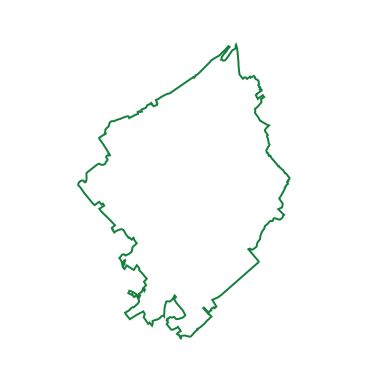 outline of Kota Yogyakarta, Yogyakarta, Indonesia, rotated 48°
{"feature_id": "22746128B9761158776103", "entity_name": "Kota Yogyakarta", "entity_type": "district", "adm_level": 2, "iso_a3": "IDN", "parent_name": "Indonesia", "parent_adm1": "Yogyakarta", "projection": "mercator", "projection_center": [110.376, -7.803], "detail": "fine", "context": "isolated", "style": "outline", "palette": "green", "viewbox_px": 384, "rotation_deg": 48, "n_neighbors": 0, "source": "geoboundaries", "source_scale": "gbopen_adm2", "svg_char_len": 6020}
<svg xmlns="http://www.w3.org/2000/svg" viewBox="0 0 384 384"><g transform="rotate(48 192 192)"><path d="M270.6,138.9L262.5,139.4L263.7,135.4L261.4,132.4L255.2,131.6L254.4,128.5L251.7,120.8L250.8,120.2L250.8,119.0L250.5,119.0L250.3,118.5L250.1,117.5L250.2,115.8L249.9,115.6L249.9,115.2L248.7,114.9L248.7,114.5L248.2,114.4L248.3,113.2L247.7,113.1L247.6,112.4L247.7,111.7L247.4,110.6L245.2,109.9L244.1,110.0L242.5,109.7L242.1,109.9L240.8,109.8L240.2,110.0L240.1,110.3L236.8,109.7L235.4,110.0L233.7,110.0L232.4,110.4L230.9,110.0L230.6,110.7L228.7,110.4L219.7,110.2L217.6,109.5L217.1,109.8L216.7,110.8L215.9,110.5L215.9,110.0L215.7,109.9L215.3,109.8L215.0,109.9L214.3,109.6L213.4,109.6L213.4,110.0L212.8,110.1L210.8,109.0L209.3,105.0L209.3,104.0L208.6,102.6L207.1,102.4L203.5,100.0L201.4,99.3L200.5,98.8L200.4,97.6L195.2,96.9L194.6,95.8L194.2,94.3L194.1,90.2L192.5,91.1L185.9,93.2L185.3,93.2L184.3,93.7L181.5,92.9L175.2,92.2L174.5,91.0L173.2,90.2L172.4,89.4L172.6,86.8L171.8,80.4L170.4,79.4L170.2,79.0L169.2,78.6L169.7,74.8L167.5,74.6L166.7,80.1L166.8,80.8L162.7,79.7L162.8,78.3L162.4,78.1L163.3,72.6L162.9,72.2L162.6,72.6L162.4,73.1L161.1,73.0L161.4,71.9L159.4,71.2L159.1,71.4L159.2,71.8L158.8,71.9L156.9,71.1L157.0,70.2L155.2,69.2L154.9,68.7L154.3,68.4L152.7,68.2L151.0,69.0L150.0,69.1L149.2,68.9L149.0,68.4L147.1,68.5L146.3,71.9L145.1,71.7L144.8,75.4L143.2,75.4L142.1,76.0L141.9,78.4L136.4,78.1L129.3,72.9L127.2,71.1L121.6,66.8L115.5,62.4L112.0,60.7L112.3,61.5L114.3,63.4L114.3,65.0L113.7,67.0L113.8,68.0L116.2,77.6L116.2,79.0L116.1,79.7L115.6,80.5L115.0,81.1L113.9,81.1L113.2,81.7L113.1,81.2L111.6,79.6L110.9,76.5L110.4,71.7L109.9,71.5L109.4,67.0L108.0,67.3L108.5,72.2L108.6,77.1L108.9,79.6L108.5,82.1L107.8,85.0L107.0,89.8L107.3,91.0L107.5,93.1L108.3,107.1L108.2,109.7L107.7,111.4L108.1,111.5L108.6,113.8L108.5,114.1L107.5,114.0L103.8,142.5L103.5,143.3L103.0,143.8L102.4,145.0L100.8,151.1L100.3,155.2L99.5,157.2L102.6,158.4L102.5,158.7L103.6,159.1L103.9,159.5L102.6,163.1L100.1,163.3L100.0,162.7L98.4,162.8L98.5,164.9L98.1,165.8L97.6,166.4L97.5,167.2L98.4,169.2L98.4,170.6L96.9,174.5L98.7,175.5L97.6,177.2L96.8,177.0L96.2,178.9L97.9,179.9L96.6,182.9L96.1,185.5L95.2,188.0L95.1,189.2L93.3,188.6L92.2,189.8L91.5,191.2L91.1,192.5L90.3,194.3L89.8,196.1L88.2,199.4L87.1,202.6L86.6,203.3L86.1,203.7L85.4,204.9L85.4,206.4L85.8,207.6L87.0,209.2L87.6,210.7L87.4,212.5L87.6,214.5L89.5,216.5L89.7,217.4L90.1,217.5L90.4,217.3L90.4,217.5L90.9,217.6L90.1,221.0L89.6,224.7L90.2,225.2L97.3,226.0L106.1,227.6L108.0,228.0L107.8,228.5L108.2,228.6L108.8,228.1L109.8,228.5L109.4,228.9L109.1,229.6L108.6,230.0L108.1,230.8L108.1,231.6L108.4,232.2L108.8,232.6L111.2,232.9L111.6,233.1L111.9,234.3L112.0,236.0L112.9,237.2L113.0,238.1L112.2,240.0L110.7,241.5L109.2,241.8L108.8,242.2L108.2,243.7L107.3,256.5L107.4,257.6L107.8,258.2L112.1,262.0L113.1,263.4L113.4,264.2L113.2,265.1L112.8,265.4L111.9,264.9L110.6,265.2L109.9,266.1L109.3,267.3L109.2,268.7L109.3,269.9L110.0,271.2L110.9,272.0L111.8,271.9L114.0,271.9L120.2,272.7L133.9,273.4L136.6,273.2L137.2,267.5L140.7,267.7L141.0,266.0L143.4,266.4L142.5,272.1L146.5,272.5L146.7,272.3L148.4,272.3L157.4,271.7L165.2,271.5L165.0,275.6L166.5,275.8L166.4,276.2L170.1,276.9L170.2,276.6L170.0,275.3L171.4,271.0L172.6,269.2L173.1,268.8L174.1,268.6L174.4,268.3L179.5,269.5L182.7,269.8L183.6,269.7L183.6,269.4L184.1,269.5L184.6,269.2L184.7,268.9L187.0,268.7L186.8,266.2L187.5,266.2L189.0,267.0L193.2,267.4L193.2,272.9L193.5,273.6L195.6,276.0L195.9,276.6L196.0,277.6L195.8,280.7L195.2,281.9L194.9,283.7L194.5,284.0L193.1,284.0L191.7,286.0L192.2,287.3L192.5,290.2L195.3,290.4L197.0,291.1L199.0,292.2L198.7,290.9L197.9,289.4L197.6,288.5L197.8,287.3L198.1,287.4L198.6,288.1L199.4,290.5L200.3,290.3L201.3,293.7L204.1,293.7L202.9,289.7L211.0,287.4L209.5,282.0L213.4,282.2L213.8,282.4L214.7,283.5L220.4,283.4L223.8,283.7L226.0,283.5L226.3,284.1L226.5,287.7L230.6,288.5L230.8,292.4L232.9,292.2L233.7,293.6L231.3,293.5L232.6,296.1L232.2,299.4L234.2,299.8L234.2,300.8L234.5,300.8L234.9,301.4L231.5,301.6L228.0,302.5L225.3,303.5L223.5,304.6L224.6,307.0L227.9,305.6L227.8,304.7L228.1,304.7L228.8,305.2L231.2,305.4L231.4,303.6L231.8,303.7L232.2,302.3L237.2,304.0L238.2,304.8L238.7,307.7L238.7,311.1L238.6,312.6L237.9,313.0L237.6,315.4L237.9,317.7L237.0,322.6L238.4,322.9L244.9,323.3L246.4,314.8L248.2,308.1L251.1,308.7L252.7,311.7L260.7,312.8L260.6,311.0L264.6,311.2L263.9,309.7L261.4,307.5L263.8,302.5L264.2,299.6L263.9,298.3L264.1,297.1L264.8,296.0L265.8,296.0L260.8,291.0L258.7,288.5L256.3,284.6L256.4,283.9L258.4,281.9L258.7,280.6L258.7,279.2L258.3,276.8L257.3,274.2L258.6,274.1L259.4,274.3L259.4,275.5L260.0,277.1L264.2,277.8L274.0,278.1L278.9,279.3L279.3,281.1L279.1,283.2L278.6,283.9L277.3,287.1L275.9,288.8L272.7,288.9L272.2,290.5L271.6,291.2L270.3,292.0L270.2,293.2L269.8,295.2L270.4,295.4L270.2,295.9L270.9,296.1L270.7,296.7L272.9,297.1L273.2,299.2L278.0,299.5L280.4,299.5L281.2,298.8L281.7,297.8L282.7,294.1L282.8,292.7L285.0,293.1L286.2,293.1L287.8,293.5L287.3,295.6L287.3,298.1L288.4,298.0L288.8,297.6L289.7,297.3L293.2,298.4L293.4,298.2L293.0,297.6L291.7,296.8L292.3,295.3L293.9,293.3L298.0,290.6L298.6,289.1L297.9,283.9L297.8,281.3L298.1,280.1L297.3,279.9L297.4,279.1L297.6,279.0L298.0,276.6L298.2,271.3L297.6,266.3L297.8,264.8L297.6,263.6L297.6,260.9L294.2,261.0L294.1,261.4L285.8,261.3L285.9,260.5L291.5,260.4L292.8,260.1L292.8,259.5L292.4,259.1L292.3,258.6L292.8,257.6L292.7,256.6L292.1,256.5L291.7,255.7L291.7,254.8L292.1,253.3L293.3,253.3L293.6,251.8L293.5,251.3L293.3,251.3L293.4,250.6L285.7,249.0L287.6,243.5L288.1,239.4L288.7,189.8L288.5,189.1L287.8,188.8L272.2,188.4L272.2,188.0L272.9,186.8L274.5,186.4L275.0,186.0L275.4,185.3L275.9,180.8L273.2,176.9L273.0,175.2L272.6,173.0L271.7,171.9L270.5,170.8L268.3,166.4L267.5,162.8L266.1,160.4L266.3,156.9L265.8,153.7L266.3,152.6L266.9,152.2L267.4,151.4L267.2,150.6L266.3,149.0L266.3,148.7L267.3,147.6L269.2,146.7L270.7,145.8L271.2,145.2L271.5,144.3L271.6,143.0L271.4,141.6L270.5,140.0L270.6,138.9Z" fill="none" stroke="#15803d" stroke-width="2"/></g></svg>